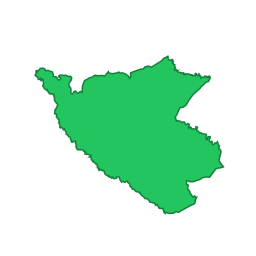 the district of Boende, Équateur, Democratic Republic of the Congo, rotated 10°
{"feature_id": "63176286B77918114228452", "entity_name": "Boende", "entity_type": "district", "adm_level": 2, "iso_a3": "COD", "parent_name": "Democratic Republic of the Congo", "parent_adm1": "Équateur", "projection": "natural_earth1", "projection_center": [20.931, -0.493], "detail": "fine", "context": "isolated", "style": "filled", "palette": "green", "viewbox_px": 256, "rotation_deg": 10, "n_neighbors": 0, "source": "geoboundaries", "source_scale": "gbopen_adm2", "svg_char_len": 5790}
<svg xmlns="http://www.w3.org/2000/svg" viewBox="0 0 256 256"><g transform="rotate(10 128 128)"><path d="M98.8,75.9L96.2,80.8L94.1,80.7L87.5,82.1L87.3,81.6L86.6,81.8L85.5,82.4L84.4,83.7L80.8,85.7L79.6,86.9L77.0,88.9L76.3,91.7L75.9,95.2L76.7,100.4L76.2,101.2L75.5,100.4L74.6,100.3L73.0,102.3L72.1,102.4L69.6,100.7L68.5,101.6L67.9,103.3L67.3,104.0L66.5,103.9L65.6,103.2L65.2,101.3L65.4,100.7L65.0,100.1L64.9,99.3L64.4,98.2L63.7,98.0L62.3,96.0L62.1,94.8L62.3,93.8L63.7,90.9L63.9,89.3L63.9,88.6L62.5,87.0L60.5,87.6L57.3,86.8L56.0,87.4L55.2,87.3L51.6,87.8L51.0,88.4L50.8,89.5L51.0,89.9L51.6,89.9L51.7,89.5L53.0,90.7L52.7,92.3L51.2,92.8L50.5,92.3L48.8,90.3L47.8,90.0L46.0,90.3L45.5,89.9L44.8,87.5L43.7,85.9L39.8,85.4L39.1,85.0L37.7,85.8L36.8,85.9L36.3,85.6L36.3,84.6L33.7,83.8L31.2,84.6L29.8,87.3L28.5,87.1L27.7,87.6L27.5,88.8L27.8,89.1L28.3,88.8L28.7,88.9L27.3,92.1L29.2,93.4L30.2,93.3L30.7,93.6L30.8,95.3L31.2,95.7L32.2,95.7L33.3,94.2L33.9,96.3L34.4,96.4L35.3,94.7L35.7,94.7L36.6,97.7L37.3,99.0L36.8,100.5L37.0,101.1L36.9,101.9L38.3,102.5L38.7,103.9L40.3,104.1L41.1,105.0L41.7,104.2L42.9,106.0L43.3,106.5L43.6,106.4L43.6,106.9L45.1,108.0L45.7,108.1L46.5,107.5L47.0,107.5L48.0,108.0L49.1,107.6L49.3,109.5L50.5,110.6L50.2,111.4L50.7,112.3L50.9,113.8L54.4,116.9L54.7,118.8L54.1,119.8L53.6,122.0L52.9,122.7L53.2,124.1L53.0,125.1L53.3,126.7L53.7,126.9L54.5,126.5L55.6,127.4L55.5,129.4L55.8,129.8L58.0,131.6L58.8,131.8L58.8,133.4L59.6,134.3L58.9,135.0L60.7,137.1L60.6,139.0L60.8,139.4L61.5,139.6L62.0,139.0L62.3,139.0L63.4,139.5L64.8,141.0L65.6,140.0L66.3,141.2L67.5,142.4L67.8,143.6L68.3,144.1L68.3,145.0L69.8,145.2L71.0,146.9L72.0,146.8L73.0,147.7L73.3,148.9L74.3,150.4L75.0,150.8L74.7,151.4L74.9,151.7L75.5,151.7L75.9,151.1L76.9,151.0L77.3,150.2L78.7,150.3L79.0,151.0L78.8,151.9L79.1,152.5L80.0,153.1L79.9,154.3L80.1,155.6L80.4,156.2L80.9,156.4L80.9,157.1L82.2,158.2L83.8,157.7L84.6,158.0L85.4,157.4L87.9,157.6L88.4,158.5L89.5,158.7L89.6,159.2L90.5,158.9L90.7,159.2L90.1,161.0L91.6,161.1L93.5,160.8L94.4,161.2L96.2,161.2L96.3,162.0L95.0,163.2L96.2,163.1L97.1,163.6L97.1,164.6L97.6,165.8L98.4,165.8L99.4,166.5L99.1,167.2L102.2,168.4L102.9,169.4L103.9,169.1L104.2,170.2L104.8,170.8L104.4,171.6L104.9,172.6L106.1,172.7L106.2,173.8L106.7,174.5L107.2,173.7L107.8,174.3L108.1,173.8L108.9,174.0L109.2,173.6L109.8,173.9L110.2,174.5L111.1,174.0L112.2,174.8L112.2,175.4L113.8,177.8L115.1,178.0L116.7,178.9L117.4,178.3L117.6,179.3L118.2,179.6L120.1,179.3L120.5,180.1L121.6,179.1L122.1,180.1L123.1,180.3L124.9,179.6L124.4,179.3L125.1,178.3L127.8,177.7L129.7,181.2L131.1,182.4L132.4,181.5L133.3,181.9L134.8,181.9L135.4,180.9L136.7,180.4L137.2,181.7L138.0,182.0L139.6,183.1L140.1,185.0L141.7,185.9L143.1,187.5L144.7,187.2L145.0,187.9L147.1,189.3L150.2,189.2L150.6,190.1L151.5,189.9L152.3,191.4L153.3,192.2L154.6,192.5L157.3,194.7L158.6,194.2L160.0,194.7L161.7,196.1L162.1,197.0L166.8,197.5L168.0,198.0L168.4,199.3L169.6,198.3L170.1,198.4L170.5,199.3L171.9,200.2L171.9,201.0L172.8,201.7L173.9,201.3L174.4,201.6L176.3,201.1L176.4,202.0L177.3,202.7L177.6,204.1L178.3,203.7L178.5,203.9L178.6,205.2L179.1,205.2L179.4,205.6L179.7,204.8L180.3,204.5L182.3,205.0L183.6,204.9L187.5,204.0L190.0,201.9L191.6,202.3L192.6,202.2L194.8,200.1L203.2,193.4L206.5,191.1L206.9,190.3L207.0,186.6L207.6,184.3L206.6,184.9L205.6,183.3L205.3,183.3L204.2,184.5L203.7,184.7L201.7,182.4L200.3,182.0L200.2,180.3L198.9,178.8L197.3,177.9L197.3,176.3L197.0,174.7L197.4,173.9L195.5,173.2L195.0,171.0L195.0,169.7L196.5,169.6L197.6,170.1L200.2,169.9L202.1,169.3L206.5,166.7L207.2,166.6L210.3,163.9L213.3,162.7L216.9,162.3L221.6,153.0L222.9,152.2L227.2,150.6L228.7,149.7L223.5,144.8L223.3,142.4L223.7,136.5L223.6,135.0L222.9,133.6L220.9,132.2L220.8,131.8L221.2,130.0L219.7,128.5L218.5,126.1L217.5,127.6L216.2,127.6L215.5,129.1L214.6,129.5L213.7,128.9L213.1,126.6L212.7,126.6L211.6,127.3L210.8,127.3L210.5,126.9L210.2,125.5L210.6,123.1L210.3,122.2L208.6,122.6L208.2,123.1L208.0,125.6L207.4,125.7L206.6,124.8L206.4,123.7L206.6,122.0L206.1,120.8L205.3,120.6L202.1,120.8L200.5,120.0L199.5,120.5L197.8,119.0L196.2,118.5L195.9,117.5L196.3,115.9L196.3,115.3L195.8,115.0L194.8,114.8L194.9,116.6L194.4,117.4L192.5,117.4L191.3,118.2L190.5,117.0L189.5,116.2L188.5,117.3L187.9,117.4L187.5,116.6L187.9,114.9L187.2,113.4L186.1,113.3L185.0,114.5L184.4,114.6L183.6,114.1L182.8,112.6L182.1,112.2L180.2,113.2L178.9,112.4L175.7,112.1L174.9,112.2L174.7,112.7L174.4,112.8L174.0,112.2L173.7,110.9L172.5,109.3L173.6,107.0L175.4,99.6L176.3,98.7L177.1,98.6L179.1,97.6L181.3,95.3L183.2,89.9L186.5,83.4L192.2,76.3L192.3,75.6L196.9,69.4L197.2,69.0L198.8,68.5L199.1,68.1L200.4,64.5L199.4,64.1L199.8,63.2L199.2,62.8L198.0,63.3L197.8,64.3L197.3,63.7L196.6,64.0L196.3,63.6L195.6,64.1L194.8,63.5L193.9,64.8L192.3,65.1L191.2,66.1L191.1,65.2L190.5,64.3L189.9,64.4L189.4,65.1L189.6,63.6L188.4,63.4L188.7,62.6L188.2,62.5L188.0,63.8L187.5,64.3L186.5,63.8L185.6,62.6L185.1,62.5L184.7,63.1L185.3,64.0L185.4,64.7L184.6,64.6L183.9,65.1L182.8,64.8L182.5,65.2L181.5,64.4L180.6,64.9L178.5,64.2L176.4,64.6L175.9,65.2L175.5,65.2L175.1,64.7L174.2,65.7L173.7,65.7L173.2,64.0L172.2,64.6L170.9,64.7L171.0,64.3L167.2,64.1L166.6,63.6L167.2,62.7L166.4,62.9L165.4,62.0L164.7,62.0L164.2,62.9L163.3,62.2L164.1,60.2L163.0,58.8L163.1,57.6L162.1,57.6L161.7,56.8L160.6,56.5L160.4,55.7L161.0,55.7L161.0,54.4L159.7,54.3L159.3,53.7L160.1,53.5L160.1,53.0L159.5,52.9L158.6,53.8L156.9,54.0L155.5,52.8L154.9,50.4L154.2,50.7L153.5,51.7L151.4,52.9L149.1,56.3L140.4,64.1L137.2,63.4L135.2,64.5L134.8,64.4L134.0,65.0L132.7,67.3L130.5,67.8L127.5,69.4L121.2,73.1L120.9,73.8L121.4,75.2L121.8,75.5L122.0,76.6L121.7,77.6L121.1,78.1L121.0,78.7L119.9,77.1L116.0,75.2L113.4,74.7L112.2,74.8L111.0,75.3L110.2,75.2L109.3,74.5L106.6,76.1L103.3,77.2L99.8,77.2L98.8,75.9Z" fill="#22c55e" stroke="#15803d" stroke-width="1.5"/></g></svg>